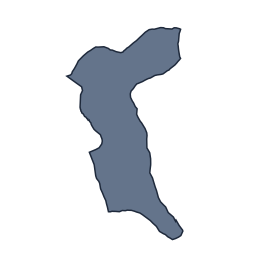 Yorro, Taraba, Nigeria (Equal Earth projection), rotated 7°
{"feature_id": "59680162B40051654285197", "entity_name": "Yorro", "entity_type": "district", "adm_level": 2, "iso_a3": "NGA", "parent_name": "Nigeria", "parent_adm1": "Taraba", "projection": "equal_earth", "projection_center": [11.57, 8.882], "detail": "fine", "context": "isolated", "style": "filled", "palette": "slate", "viewbox_px": 256, "rotation_deg": 7, "n_neighbors": 0, "source": "geoboundaries", "source_scale": "gbopen_adm2", "svg_char_len": 2659}
<svg xmlns="http://www.w3.org/2000/svg" viewBox="0 0 256 256"><g transform="rotate(7 128 128)"><path d="M92.6,156.8L98.9,168.5L100.7,175.3L101.8,179.4L103.0,182.0L105.6,184.6L106.7,186.6L108.1,191.3L108.4,192.0L110.5,195.4L112.7,199.4L114.8,202.7L116.0,206.1L117.1,208.7L118.8,213.5L120.8,213.3L122.3,212.6L123.8,212.5L125.8,212.3L128.3,212.2L129.8,212.1L132.3,210.6L135.4,210.4L137.4,209.6L139.4,209.5L141.4,209.3L144.5,209.8L147.0,210.4L150.1,210.9L152.6,212.1L161.4,217.1L164.5,219.6L168.2,222.2L170.8,225.5L171.9,226.8L174.4,227.9L176.0,228.6L178.1,229.2L180.7,231.1L183.2,232.1L185.7,233.3L188.7,231.9L191.5,230.1L193.6,228.3L195.0,223.7L194.8,223.2L194.7,222.8L190.6,218.5L188.2,215.3L186.9,213.6L186.6,214.8L185.6,213.5L184.0,210.9L181.5,209.2L178.3,207.1L177.8,206.4L175.0,201.8L172.5,199.9L169.3,197.3L166.6,193.3L165.0,189.3L163.9,186.6L162.2,183.3L159.5,177.2L158.4,174.6L155.1,169.9L155.0,166.5L155.0,162.0L154.8,160.1L154.2,155.8L152.6,150.0L151.3,148.2L149.2,145.5L148.6,141.4L147.9,136.6L147.8,133.2L147.2,130.5L145.0,126.5L142.4,123.2L140.8,121.2L139.3,119.8L136.5,116.0L134.9,113.3L134.8,110.5L134.7,107.8L132.6,105.9L130.5,102.5L128.9,100.6L126.8,97.3L126.1,93.9L126.5,91.1L128.5,88.2L129.9,85.4L131.3,83.2L132.8,82.4L136.8,80.1L138.8,78.6L141.2,77.0L142.2,76.4L144.2,75.6L146.2,74.1L148.2,72.6L150.7,71.7L154.2,70.8L155.0,70.5L156.2,70.0L158.1,68.2L159.6,66.8L160.1,66.3L161.6,65.5L162.5,64.1L164.0,62.6L166.9,59.7L168.4,57.6L169.3,56.1L170.8,54.0L171.7,52.5L170.7,51.2L170.1,49.2L169.5,47.2L168.9,45.1L168.4,43.1L167.8,40.4L167.2,38.4L167.6,35.6L167.5,33.5L167.4,30.8L167.3,28.0L167.8,25.9L168.2,23.6L167.2,23.2L163.6,22.7L161.6,22.9L159.6,24.4L156.1,24.6L153.0,24.8L151.4,24.3L151.0,24.2L149.0,24.3L148.0,24.4L142.0,26.8L140.0,26.9L137.0,27.8L133.5,30.8L130.6,34.4L128.7,36.6L125.8,40.2L122.8,43.1L120.3,45.9L118.9,47.5L117.0,49.0L116.0,50.4L114.5,51.9L113.6,53.3L111.6,54.1L107.0,53.7L103.7,52.8L102.9,52.6L100.9,52.7L98.8,51.4L94.2,50.3L88.2,51.4L86.2,51.5L84.2,53.0L81.2,55.7L78.8,57.5L76.8,59.7L74.9,61.8L71.5,66.2L70.5,67.6L69.6,70.4L68.2,74.0L67.3,76.1L65.9,78.9L65.5,81.0L64.5,82.4L62.5,83.3L61.0,84.0L71.5,89.8L76.9,92.7L78.3,96.4L76.9,100.8L77.9,113.4L78.2,113.9L78.3,114.9L78.7,115.2L78.9,115.8L79.2,116.9L79.7,117.4L80.1,117.9L80.2,118.6L81.0,119.0L81.7,119.3L82.1,120.0L82.5,120.3L82.9,120.9L83.2,121.4L83.6,121.9L84.3,122.0L85.3,122.7L85.7,123.3L86.2,123.6L86.8,123.8L86.7,124.3L87.6,125.2L88.4,124.8L89.1,126.2L90.5,127.4L91.1,129.0L92.5,131.0L94.4,133.4L96.3,134.8L101.4,138.0L102.4,140.0L103.5,142.0L104.1,144.1L103.9,147.0L101.8,151.1L98.7,153.3L92.6,156.8Z" fill="#64748b" stroke="#1e293b" stroke-width="1.5"/></g></svg>